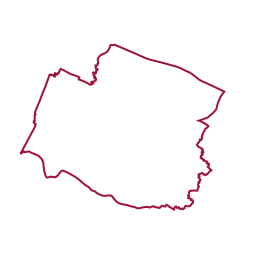 the district of Samraong, Takêv, Cambodia, rotated 110°
{"feature_id": "14789045B98729141665077", "entity_name": "Samraong", "entity_type": "district", "adm_level": 2, "iso_a3": "KHM", "parent_name": "Cambodia", "parent_adm1": "Takêv", "projection": "robinson", "projection_center": [104.774, 11.131], "detail": "fine", "context": "isolated", "style": "outline", "palette": "rose", "viewbox_px": 256, "rotation_deg": 110, "n_neighbors": 0, "source": "geoboundaries", "source_scale": "gbopen_adm2", "svg_char_len": 5740}
<svg xmlns="http://www.w3.org/2000/svg" viewBox="0 0 256 256"><g transform="rotate(110 128 128)"><path d="M54.3,169.1L55.1,169.9L55.5,171.4L56.0,172.8L58.2,172.9L60.7,172.9L63.6,173.8L65.4,175.0L67.0,176.9L69.1,178.7L70.6,179.5L72.4,179.9L74.1,179.9L77.3,178.1L78.1,178.6L78.5,178.2L79.0,178.3L79.5,178.5L80.1,178.7L80.1,179.2L80.3,179.9L80.8,179.7L81.0,179.2L81.5,179.2L82.1,179.1L82.6,179.0L83.0,178.7L82.8,178.2L82.9,177.6L83.2,177.2L83.2,176.7L83.7,176.5L84.2,177.1L84.3,177.6L84.8,177.5L85.1,177.0L86.0,177.1L86.4,177.4L86.9,177.2L87.3,176.9L87.9,177.0L88.1,177.6L87.9,178.2L87.6,178.8L87.5,179.4L88.0,179.7L88.4,179.4L88.8,179.0L89.4,179.0L90.5,178.1L90.4,177.6L90.6,177.0L90.9,176.6L91.2,176.2L91.6,176.4L92.0,177.0L92.5,176.8L92.8,176.1L92.5,175.7L92.5,175.1L93.0,174.7L93.4,174.8L94.1,174.6L94.6,174.6L95.0,175.1L95.5,175.5L95.8,175.9L96.1,176.4L96.5,177.1L97.1,178.0L97.7,178.1L97.7,177.6L97.5,177.1L97.4,176.5L97.6,176.0L98.2,176.1L98.7,176.4L98.9,177.0L99.3,177.0L99.7,177.4L99.9,177.9L100.3,178.3L100.1,179.4L99.9,180.4L99.7,181.2L99.7,181.7L99.6,182.4L99.4,184.3L99.3,184.9L99.3,185.6L99.3,186.5L99.2,187.2L99.1,187.7L99.3,188.2L99.2,189.0L99.2,189.7L99.2,190.3L99.2,191.0L97.0,191.0L96.8,191.7L96.8,196.5L96.9,200.5L95.8,207.9L95.6,209.4L95.5,211.5L96.5,211.7L97.4,211.8L98.1,211.9L99.1,211.9L99.9,211.8L100.5,212.7L101.2,212.7L101.7,212.7L101.6,213.4L101.6,213.9L101.4,215.4L102.1,215.5L102.6,215.5L103.2,215.6L103.2,214.8L103.4,214.2L103.8,214.3L104.7,214.4L104.6,215.2L104.5,215.7L104.3,216.4L104.1,216.9L104.0,217.7L104.0,218.3L104.6,218.3L104.9,218.7L104.9,219.3L104.9,219.9L115.3,219.8L117.5,219.8L121.3,220.0L126.0,220.2L134.2,220.2L135.6,220.4L138.3,220.5L145.2,220.8L146.6,220.0L146.9,219.6L147.3,220.1L148.2,220.1L148.6,219.7L151.5,218.8L152.0,218.6L152.5,218.4L153.3,218.7L153.4,218.1L154.0,218.2L155.0,218.5L155.1,217.8L155.5,217.3L156.0,216.9L155.8,216.3L156.3,216.1L157.0,216.1L157.8,215.9L158.8,215.9L189.1,220.2L187.7,219.2L186.5,218.4L185.7,217.8L186.1,216.9L185.6,215.9L184.6,214.5L183.9,212.8L184.4,210.2L184.4,206.8L184.7,202.7L186.4,198.9L188.6,196.4L192.0,194.6L196.0,192.7L200.5,189.6L202.3,187.6L201.9,186.5L200.7,184.5L200.0,183.8L199.6,181.3L199.0,179.2L196.5,177.7L192.2,176.4L190.8,175.5L190.2,174.3L190.6,170.1L191.1,166.0L191.5,163.3L192.4,159.3L193.3,156.3L194.0,154.4L194.8,153.0L195.1,151.5L196.1,149.1L196.6,146.4L197.3,143.9L198.4,142.2L199.1,140.6L198.9,139.2L198.8,137.7L199.4,136.1L200.1,133.6L200.2,131.8L200.3,129.0L199.8,126.8L198.9,125.0L198.1,123.3L197.3,121.1L197.7,119.4L199.0,117.4L200.2,115.5L201.2,113.1L201.8,111.2L201.8,109.1L201.3,105.6L200.7,102.7L200.7,100.2L200.5,97.5L200.0,95.1L200.1,93.9L200.2,91.4L199.0,89.0L197.8,87.4L196.6,85.3L196.3,84.7L195.4,82.3L195.4,80.7L195.0,79.9L194.0,79.0L192.8,77.3L193.1,75.7L192.5,72.6L192.4,71.0L189.3,69.5L189.3,67.6L189.2,66.4L189.0,66.0L187.1,65.9L187.3,63.1L187.8,62.8L187.9,62.0L188.9,56.9L186.4,57.0L185.7,56.5L185.3,55.9L185.6,55.4L186.3,54.6L185.6,53.6L185.1,53.2L185.3,52.7L186.3,52.1L185.9,51.5L186.0,50.9L186.1,50.4L185.3,49.9L185.2,49.3L185.3,48.3L184.8,48.3L184.3,47.9L184.0,47.4L183.6,47.4L183.0,47.6L182.5,47.6L181.5,47.2L181.2,45.3L180.8,44.5L180.6,44.0L180.5,43.5L179.7,42.8L179.2,42.6L177.3,42.3L176.9,41.8L176.5,41.5L175.8,41.5L175.3,41.7L174.8,41.8L174.1,42.3L174.2,43.0L174.2,44.1L173.7,44.1L173.2,44.0L173.2,45.4L173.2,46.2L173.2,47.5L172.6,47.5L172.0,47.1L171.5,47.0L171.1,47.3L171.1,47.9L171.0,48.4L170.1,48.3L169.5,48.3L168.5,48.3L168.0,48.5L167.5,48.7L167.0,48.7L166.4,48.4L165.9,48.4L165.6,47.8L165.5,46.9L165.1,46.6L164.5,45.2L164.3,44.8L164.1,44.3L163.8,43.8L163.8,43.1L163.4,42.1L163.2,41.5L162.6,41.7L162.1,41.6L161.4,41.6L160.9,41.7L160.4,41.5L159.9,41.5L158.6,41.3L158.3,41.9L158.0,42.4L157.5,42.7L156.8,42.9L156.3,42.8L155.7,42.5L155.2,42.4L154.7,42.4L154.6,43.0L154.1,42.6L153.6,42.8L153.1,42.7L152.7,42.2L152.3,42.4L151.7,42.3L151.5,42.8L151.1,43.2L150.9,43.7L150.9,44.2L150.2,45.0L149.7,44.8L149.3,44.5L148.8,44.3L148.5,44.8L148.3,45.3L147.8,45.8L147.2,45.4L146.8,45.2L146.4,44.7L146.2,44.1L145.8,43.7L145.3,43.5L144.8,43.0L145.3,41.9L145.6,41.3L145.7,40.8L146.0,40.2L145.4,39.9L145.5,39.1L145.3,38.4L144.4,38.1L144.1,37.6L143.0,37.3L142.5,37.1L141.0,36.5L140.6,36.1L139.6,35.5L139.1,35.2L138.9,35.9L138.5,37.1L138.2,37.8L137.8,38.3L137.5,38.8L137.3,39.6L136.9,39.9L136.2,39.5L135.7,39.2L134.9,39.3L134.7,40.0L134.1,40.0L134.4,40.6L134.2,41.4L134.1,41.9L133.7,41.7L133.2,41.9L132.7,41.9L132.6,42.5L132.6,43.1L132.7,44.0L132.7,45.9L131.9,45.9L131.9,47.1L131.3,47.4L131.2,48.2L131.5,48.6L131.2,49.3L130.9,49.7L130.1,49.7L129.3,49.9L128.9,49.6L128.4,49.4L128.1,49.0L127.2,48.8L126.9,49.3L126.9,50.0L126.4,50.3L125.6,50.3L125.3,49.5L125.0,49.0L124.4,49.4L124.3,50.1L123.8,49.9L123.7,50.5L123.1,50.5L122.8,51.0L122.3,50.9L122.1,51.4L122.0,52.9L121.7,53.6L121.6,54.1L121.6,54.8L121.5,55.4L121.2,55.9L120.9,56.5L120.4,57.5L119.8,57.4L119.3,57.3L118.3,57.0L117.7,57.0L117.4,56.5L116.1,56.3L115.6,56.3L115.0,56.4L114.2,56.4L114.2,55.7L114.2,55.2L113.7,55.3L112.7,54.9L112.2,54.8L111.6,55.1L111.4,55.6L110.8,55.7L110.2,55.6L109.7,55.5L109.3,55.9L108.7,55.8L108.1,55.7L107.2,55.6L105.9,55.5L105.3,55.4L104.8,55.3L103.5,55.2L103.1,55.1L102.2,55.0L101.6,54.6L100.8,53.9L100.0,53.6L99.4,53.3L99.0,53.1L98.5,53.3L98.4,54.1L98.1,54.5L98.0,55.3L97.9,56.2L97.5,56.6L97.6,57.2L97.5,57.8L97.4,58.5L97.3,59.5L97.1,60.2L97.0,61.3L96.8,62.4L96.9,63.9L90.7,56.5L87.7,55.0L85.6,53.7L83.3,52.6L80.2,51.4L77.1,51.8L73.5,52.1L70.1,51.9L67.4,51.8L64.7,51.1L62.2,50.4L61.0,49.9L60.6,52.6L59.8,61.1L59.0,70.0L58.7,74.8L58.2,77.7L55.4,86.3L54.8,88.9L54.6,92.4L53.9,98.7L53.7,102.7L54.7,115.7L55.9,127.4L56.3,131.1L56.3,135.2L55.8,143.1L55.3,151.2L54.7,162.1L54.3,169.1Z" fill="none" stroke="#9f1239" stroke-width="2"/></g></svg>